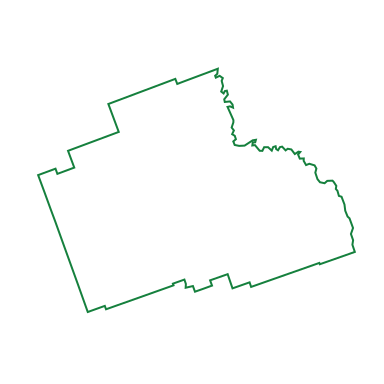 the district of Valley, Montana, United States of America, rotated 250°
{"feature_id": "52423323B15703516824983", "entity_name": "Valley", "entity_type": "district", "adm_level": 2, "iso_a3": "USA", "parent_name": "United States of America", "parent_adm1": "Montana", "projection": "orthographic", "projection_center": [-106.597, 48.331], "detail": "fine", "context": "isolated", "style": "outline", "palette": "green", "viewbox_px": 384, "rotation_deg": 250, "n_neighbors": 0, "source": "geoboundaries", "source_scale": "gbopen_adm2", "svg_char_len": 1557}
<svg xmlns="http://www.w3.org/2000/svg" viewBox="0 0 384 384"><g transform="rotate(250 192 192)"><path d="M219.2,269.9L219.8,266.7L217.6,257.3L219.2,252.1L221.6,248.2L225.4,248.1L226.6,251.3L230.2,251.4L232.6,249.5L235.5,252.4L239.0,251.3L243.3,254.7L245.4,255.5L259.8,254.5L259.5,257.0L257.2,259.4L260.3,260.0L264.1,258.7L265.4,253.6L268.1,254.0L271.2,259.0L275.3,259.4L275.6,257.4L273.8,255.4L276.4,253.8L280.9,257.4L286.3,257.9L288.5,259.9L291.7,257.7L291.3,253.5L293.3,253.5L294.4,256.2L299.0,258.4L298.7,222.6L298.6,215.1L304.0,215.0L303.3,143.5L273.5,143.7L273.1,89.6L255.2,89.7L255.1,71.7L260.6,71.7L260.5,53.2L242.3,53.3L224.2,53.3L211.1,53.4L186.1,53.3L144.5,53.2L114.9,53.0L114.8,71.1L111.2,71.1L110.6,142.7L112.4,142.7L112.3,154.9L107.7,154.8L104.2,153.3L103.3,160.7L97.3,160.7L97.2,169.2L97.2,178.8L102.8,178.8L102.6,197.4L87.6,197.1L87.4,215.2L82.6,215.1L81.8,287.4L80.4,287.4L80.0,324.5L87.6,324.7L91.6,326.9L98.2,327.0L103.1,331.0L113.4,331.0L115.7,329.8L122.0,329.6L128.1,331.0L136.4,330.9L138.1,328.7L143.4,329.1L145.7,328.2L148.4,329.7L153.0,328.6L154.6,327.9L156.2,322.9L154.9,319.6L157.4,315.6L161.2,314.3L168.0,314.5L171.5,316.9L175.1,316.3L178.4,311.9L178.3,308.4L183.1,307.6L185.3,308.5L186.5,304.7L190.9,304.5L192.6,307.4L193.5,305.8L192.5,301.6L198.0,299.9L199.9,296.7L199.1,294.2L203.8,292.2L204.1,290.0L201.8,287.1L203.6,285.8L206.4,286.2L206.5,283.7L203.6,281.1L208.1,278.8L209.4,275.1L206.6,272.2L207.6,269.7L214.5,267.2L215.1,264.6L217.7,266.0L217.1,268.4L219.2,269.9Z" fill="none" stroke="#15803d" stroke-width="2"/></g></svg>